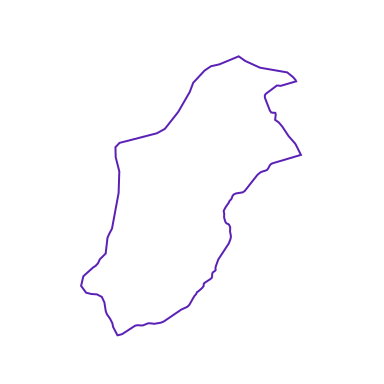 the border of Golestan, rotated 158°
{"feature_id": "IRN-3213", "entity_name": "Golestan", "entity_type": "Province", "adm_level": 1, "iso_a3": "IRN", "parent_name": "Iran", "parent_adm1": "", "projection": "albers", "projection_center": [55.004, 37.298], "detail": "fine", "context": "isolated", "style": "outline", "palette": "violet", "viewbox_px": 384, "rotation_deg": 158, "n_neighbors": 0, "source": "natural_earth", "source_scale": "10m", "svg_char_len": 1654}
<svg xmlns="http://www.w3.org/2000/svg" viewBox="0 0 384 384"><g transform="rotate(158 192 192)"><path d="M266.7,82.5L269.8,82.5L276.3,83.9L280.5,86.2L282.0,86.7L287.4,86.7L289.1,87.3L292.0,88.7L293.5,89.2L295.1,89.3L310.1,86.4L314.3,86.9L314.8,87.1L315.7,96.4L315.0,100.2L315.4,105.0L316.7,110.6L316.6,113.8L314.6,122.4L314.9,128.5L318.5,132.7L323.5,135.1L327.9,138.3L330.0,146.5L324.3,154.6L311.9,159.1L309.1,159.6L305.9,161.1L302.7,164.1L295.1,167.3L287.5,181.2L284.3,184.3L279.9,188.0L260.4,218.6L251.7,238.3L249.7,252.9L246.2,262.2L240.8,264.7L202.6,259.6L193.5,260.7L174.8,271.4L156.6,285.6L150.0,292.8L134.8,299.9L127.3,301.5L118.9,300.1L97.9,300.3L93.6,293.6L82.4,281.8L58.9,267.2L55.3,260.7L54.1,257.3L54.0,255.6L70.1,257.2L71.8,258.2L73.6,258.9L87.0,255.3L88.3,254.3L89.1,252.1L89.3,238.3L88.7,236.0L87.1,235.1L85.1,234.2L85.4,232.3L87.9,227.8L85.4,223.8L83.8,218.9L81.5,207.6L78.4,198.8L78.0,196.9L77.1,185.6L106.0,188.4L108.1,188.4L110.0,187.5L112.0,185.7L114.0,184.4L116.3,184.3L118.7,184.6L121.1,184.6L124.9,183.4L142.9,173.1L145.3,172.7L151.7,174.2L154.1,174.1L155.6,173.4L158.3,170.6L160.4,169.8L161.7,168.5L166.7,165.2L169.4,162.9L169.9,162.0L170.2,160.0L171.7,156.6L172.0,154.7L172.2,151.5L172.0,150.6L171.5,149.7L170.3,148.6L169.9,147.8L169.8,145.0L171.6,140.9L172.1,138.2L172.6,136.1L174.0,133.9L177.2,130.5L193.0,119.5L197.9,114.0L198.8,112.6L199.3,110.8L200.6,110.1L202.1,109.9L203.2,109.4L204.0,108.4L205.1,106.0L206.0,104.9L208.0,104.3L214.1,103.1L215.4,102.6L216.4,100.5L218.6,99.2L223.4,97.5L224.6,97.4L226.8,95.6L229.0,94.5L236.7,88.4L239.3,87.3L246.0,87.0L266.7,82.5Z" fill="none" stroke="#5b21b6" stroke-width="2"/></g></svg>